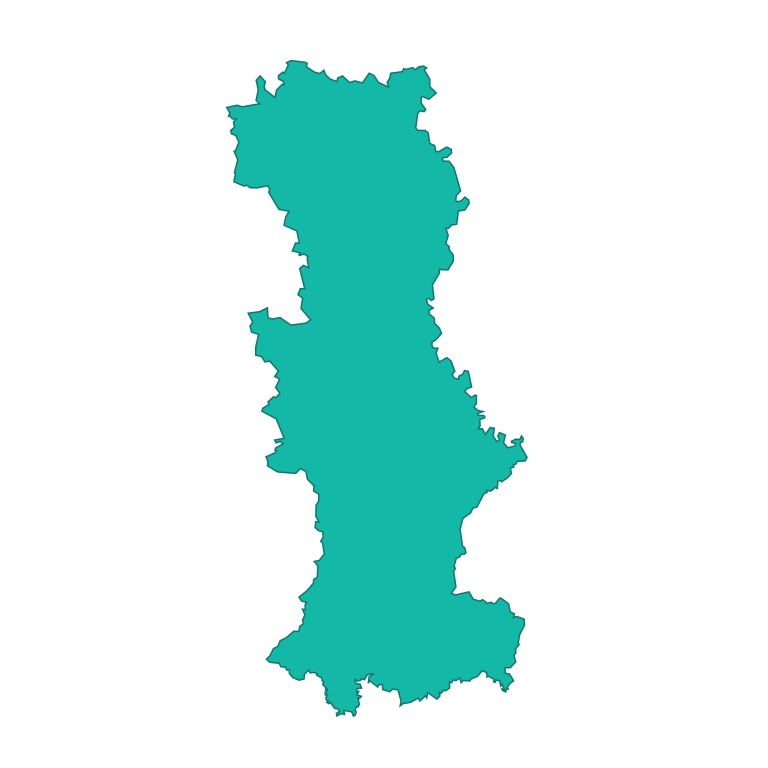 the district of Joe Gqabi, Eastern Cape, South Africa, rotated 86°
{"feature_id": "47623444B23123045321242", "entity_name": "Joe Gqabi", "entity_type": "district", "adm_level": 2, "iso_a3": "ZAF", "parent_name": "South Africa", "parent_adm1": "Eastern Cape", "projection": "robinson", "projection_center": [27.656, -30.899], "detail": "fine", "context": "isolated", "style": "filled", "palette": "teal", "viewbox_px": 768, "rotation_deg": 86, "n_neighbors": 0, "source": "geoboundaries", "source_scale": "gbopen_adm2", "svg_char_len": 6102}
<svg xmlns="http://www.w3.org/2000/svg" viewBox="0 0 768 768"><g transform="rotate(86 384 384)"><path d="M628.3,260.6L625.2,267.8L626.0,271.2L622.4,269.9L620.2,273.9L611.9,275.1L605.9,282.2L605.7,283.5L610.6,288.2L610.8,290.6L609.1,292.3L610.0,296.2L606.0,300.6L607.3,303.6L604.9,310.0L597.3,313.7L599.4,327.6L597.4,331.5L591.6,326.4L575.6,327.6L573.2,325.7L570.3,326.7L563.0,324.1L561.5,320.2L559.0,318.9L559.4,315.9L558.0,314.0L552.9,315.0L551.2,317.0L534.2,318.2L523.6,314.7L518.5,306.4L514.1,304.0L513.3,299.9L500.3,291.9L499.3,288.8L497.3,289.2L498.3,285.0L494.9,280.2L496.1,278.1L488.9,277.3L488.3,274.9L489.7,273.5L486.0,267.1L482.1,263.0L476.8,263.9L475.9,260.2L473.4,260.5L473.1,258.1L470.4,256.2L470.6,248.5L467.2,246.4L454.2,252.6L452.1,251.9L451.2,249.6L448.2,248.9L445.4,250.5L448.9,252.4L448.2,256.3L450.0,260.8L451.3,260.8L452.3,257.0L454.9,257.6L456.3,264.8L451.0,268.9L443.4,266.4L440.5,272.2L443.8,274.1L447.9,272.7L449.4,275.5L443.6,278.7L435.8,277.0L434.9,281.2L441.4,286.4L435.4,289.0L435.2,293.1L432.4,291.0L426.0,290.9L424.9,286.0L423.7,285.7L422.4,286.7L421.8,292.5L419.8,292.3L418.4,287.2L417.1,292.0L413.2,296.0L409.9,293.2L402.0,292.6L401.4,293.8L403.6,297.8L397.2,304.0L394.3,301.5L393.1,296.8L377.3,299.0L376.2,302.8L379.7,304.7L381.4,308.7L384.4,309.4L382.9,313.9L378.9,315.2L376.3,312.5L365.8,315.5L362.1,319.5L366.0,327.5L356.9,329.9L352.1,327.7L351.6,332.1L349.1,333.5L345.3,333.1L344.2,330.0L337.5,323.0L331.7,325.1L326.9,329.3L321.7,329.3L317.2,334.1L313.8,333.9L311.7,329.6L307.4,334.9L302.6,335.8L301.7,333.3L304.0,330.8L302.5,328.2L288.4,328.8L277.7,321.2L273.6,320.7L274.7,312.3L266.7,306.5L260.5,305.8L254.9,309.4L251.4,309.5L248.2,312.6L240.3,309.6L233.1,311.3L233.2,308.6L230.2,305.8L229.7,300.4L216.6,297.7L216.0,291.1L209.7,286.4L206.3,286.8L203.2,290.3L206.9,294.4L207.1,298.7L205.7,299.7L200.9,298.6L196.8,294.1L172.9,299.2L166.3,303.6L165.8,309.0L163.8,310.2L162.2,309.3L162.3,305.4L158.2,300.4L154.7,300.5L152.0,304.9L156.0,313.0L155.9,316.1L149.8,316.8L147.1,321.6L136.4,322.4L134.0,325.2L133.3,332.9L130.8,334.5L116.7,331.6L114.0,329.3L115.1,324.8L113.1,323.2L106.4,327.3L100.8,326.9L100.0,325.4L103.0,319.4L97.4,311.5L90.6,317.6L83.3,317.0L73.2,322.0L71.7,319.4L69.6,322.4L70.0,327.2L72.7,330.9L70.4,333.3L71.7,339.5L70.9,342.4L73.7,343.8L74.5,355.7L79.4,356.9L83.4,359.8L88.3,358.6L82.8,368.5L75.6,372.4L72.9,377.1L82.2,384.5L79.6,391.9L80.9,397.3L73.8,403.9L75.8,409.1L79.1,409.4L76.2,416.3L71.7,420.5L66.8,422.1L69.8,426.3L68.3,431.2L62.3,439.2L58.8,438.3L57.6,440.2L54.9,454.3L56.6,458.8L59.1,457.2L67.2,461.8L65.8,463.1L69.0,467.8L72.2,467.9L75.1,463.3L78.6,462.7L78.0,464.7L83.3,470.6L90.6,472.9L82.3,482.0L78.8,482.8L74.2,481.2L68.1,486.1L72.1,490.3L81.7,488.9L92.1,491.8L95.8,488.6L97.6,506.0L95.7,511.2L97.2,521.6L102.7,518.9L106.2,520.3L105.8,519.0L108.9,516.8L109.5,513.0L112.3,515.9L117.5,515.2L120.3,519.2L123.8,518.7L125.7,514.5L132.7,511.9L141.7,516.2L141.4,517.3L150.1,514.2L162.8,518.5L163.3,517.4L171.8,519.6L176.8,509.9L176.1,507.1L178.8,504.0L179.5,497.3L178.2,486.3L181.2,484.4L184.9,485.6L202.5,476.6L205.0,466.7L210.3,470.2L218.6,472.7L225.2,460.3L237.5,458.6L237.2,462.4L244.9,466.2L247.2,458.5L249.2,459.8L250.0,458.4L248.9,456.9L249.3,453.8L251.7,450.8L253.4,451.9L262.7,451.0L260.0,456.1L262.9,460.0L283.7,456.4L283.0,460.8L288.9,463.6L292.7,459.2L302.9,461.5L314.8,452.7L317.8,457.5L318.8,472.7L310.5,483.1L311.4,490.6L309.9,495.1L299.8,495.0L303.2,502.9L303.9,514.5L313.1,510.6L317.0,513.7L323.1,512.4L325.7,505.6L338.0,509.3L346.2,510.0L348.0,504.4L353.7,501.1L353.2,496.4L363.6,488.4L368.8,492.4L372.1,487.7L379.9,492.4L385.9,488.5L389.9,492.5L389.1,495.1L393.7,501.0L396.3,500.1L399.7,506.5L402.5,507.8L411.2,494.0L431.2,487.4L432.3,497.0L435.2,495.7L434.1,491.3L436.7,488.9L440.4,496.7L442.7,497.4L443.2,495.8L444.8,496.9L448.4,506.8L453.0,505.2L457.5,505.9L464.3,496.3L467.0,478.3L462.5,473.3L465.9,468.0L473.7,467.0L480.7,461.0L485.8,461.7L489.4,456.7L496.4,457.4L500.2,460.2L511.3,461.2L517.2,458.5L516.5,461.7L522.4,462.8L525.7,459.6L527.1,455.5L532.2,455.3L536.6,458.1L538.0,456.4L549.3,455.4L555.6,461.0L556.1,465.9L561.0,462.6L572.4,464.1L574.0,467.8L577.9,468.4L584.7,475.1L590.7,483.7L594.7,481.4L596.7,476.4L598.7,478.1L603.7,478.2L602.9,481.0L608.9,479.0L613.8,481.8L617.5,481.1L620.1,485.1L624.9,486.1L624.4,491.4L630.3,499.2L632.8,505.5L638.4,508.2L640.2,512.7L647.0,516.6L650.3,520.5L653.6,517.5L655.3,508.1L658.9,506.5L659.6,502.2L662.7,500.9L662.6,498.4L666.3,498.6L670.5,495.5L673.5,489.5L672.7,484.3L667.9,483.6L664.2,478.9L667.0,477.8L666.9,473.5L668.6,471.0L669.9,471.4L672.9,466.5L675.9,466.4L676.6,464.9L679.6,466.1L682.9,463.1L685.7,463.7L684.7,462.1L687.4,462.6L688.2,464.4L690.1,464.2L690.2,462.1L693.1,463.9L695.5,463.4L696.1,461.4L697.6,463.3L699.1,461.0L698.0,459.6L702.9,456.7L704.6,454.9L704.2,453.3L707.7,451.0L709.2,454.5L711.9,454.1L709.9,449.7L710.9,446.4L706.8,446.8L708.8,439.1L713.1,437.7L712.4,435.8L709.1,434.6L707.7,435.8L704.0,434.2L704.5,432.5L702.0,431.0L695.3,431.8L696.0,430.4L694.0,428.4L692.1,432.7L689.0,430.7L689.4,432.5L686.0,432.2L685.8,427.5L681.7,428.9L681.0,432.6L677.5,434.1L676.6,433.2L678.5,431.6L678.0,427.9L676.4,427.4L677.6,424.1L673.1,421.2L672.1,417.0L672.7,415.0L674.9,419.2L681.4,420.6L678.9,419.1L685.9,411.4L683.5,410.0L683.9,406.5L688.7,406.7L691.3,399.9L688.9,396.3L690.2,391.3L701.5,389.1L706.2,390.3L704.2,387.4L703.4,379.6L699.7,371.9L702.7,370.3L698.0,364.4L700.0,363.2L694.8,361.9L702.0,353.2L699.2,350.0L695.5,350.1L696.4,348.6L693.4,345.3L694.4,343.9L692.0,339.9L686.0,339.3L686.7,337.6L684.0,335.4L684.9,332.9L682.5,329.0L687.3,327.9L685.3,325.9L686.2,318.8L684.5,318.1L682.2,311.2L676.9,306.0L679.1,301.6L683.5,301.7L683.0,299.9L686.3,294.6L688.8,295.5L689.3,294.0L687.1,292.7L688.1,289.4L693.4,288.6L691.7,287.3L698.7,284.5L695.8,288.0L698.1,287.0L699.6,283.9L697.3,283.7L696.9,281.3L695.5,282.3L691.7,279.5L689.2,275.4L682.2,278.9L680.8,283.2L675.5,283.1L675.8,277.8L670.5,272.0L663.6,273.3L661.7,271.3L657.4,271.2L653.3,267.4L651.5,268.2L643.2,266.0L634.3,260.6L628.3,260.6Z" fill="#14b8a6" stroke="#0f766e" stroke-width="1.5"/></g></svg>